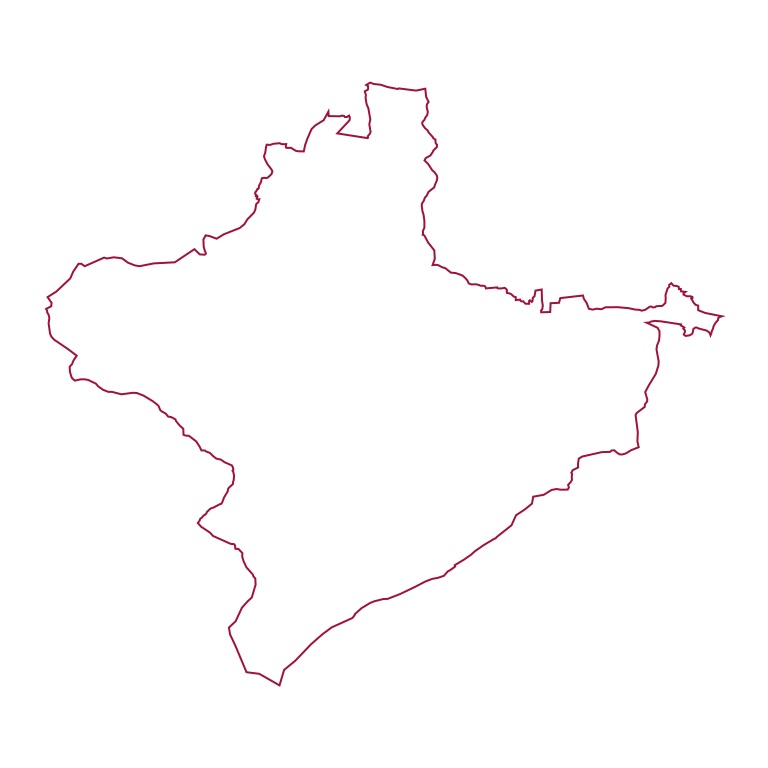 outline of Galatii Bistritei, Bistrita-Nasaud, Romania
{"feature_id": "2599482B9009826126309", "entity_name": "Galatii Bistritei", "entity_type": "district", "adm_level": 2, "iso_a3": "ROU", "parent_name": "Romania", "parent_adm1": "Bistrita-Nasaud", "projection": "natural_earth1", "projection_center": [24.427, 46.984], "detail": "fine", "context": "isolated", "style": "outline", "palette": "rose", "viewbox_px": 768, "rotation_deg": 0, "n_neighbors": 0, "source": "geoboundaries", "source_scale": "gbopen_adm2", "svg_char_len": 6077}
<svg xmlns="http://www.w3.org/2000/svg" viewBox="0 0 768 768"><path d="M279.5,685.4L284.1,669.9L295.2,660.8L311.1,644.2L322.5,634.2L331.8,627.3L352.4,618.0L354.6,615.3L354.7,614.3L361.6,608.1L370.0,603.0L374.6,601.2L383.4,599.0L387.6,598.9L399.7,594.2L415.4,586.7L424.9,581.7L432.1,578.9L438.0,577.8L443.9,575.8L447.8,571.4L450.1,570.2L455.2,566.5L454.7,565.2L463.7,559.8L470.8,554.9L475.1,551.1L483.4,545.3L494.2,538.8L495.5,538.4L496.6,537.1L511.5,525.3L516.0,515.3L524.9,509.4L532.0,503.6L533.2,496.7L543.7,494.8L551.7,489.9L556.8,489.0L560.4,489.7L567.7,489.6L568.9,487.5L568.1,484.9L570.9,481.8L572.0,479.9L571.7,476.4L572.2,474.1L571.3,472.8L572.7,470.2L578.1,467.5L578.0,463.8L578.8,458.6L582.4,456.5L601.9,452.1L609.9,451.9L611.7,450.5L614.3,450.3L617.0,452.7L619.5,454.3L622.2,454.5L626.0,453.4L631.1,450.2L638.7,447.2L637.4,441.4L637.8,432.2L635.6,415.1L636.7,413.0L644.7,406.9L644.9,404.4L647.1,401.4L647.3,399.5L645.2,392.1L649.0,385.0L655.8,373.9L658.4,365.5L658.7,361.5L656.5,349.4L657.0,345.6L659.0,340.6L659.5,336.1L659.5,331.3L657.6,327.8L646.7,322.7L649.3,322.5L651.2,321.5L654.7,320.9L660.6,321.3L681.0,324.4L680.7,325.3L684.3,327.5L683.3,328.7L684.7,330.1L685.1,331.4L683.8,334.6L685.6,335.9L689.3,335.4L691.5,334.3L692.4,333.4L692.8,332.3L693.4,328.9L695.3,327.6L696.5,327.5L699.0,328.6L706.1,330.4L708.5,331.8L709.8,333.3L710.5,335.3L711.4,333.1L711.8,331.1L712.9,328.9L713.6,326.2L715.5,322.9L718.1,319.9L718.1,318.3L719.5,317.1L721.9,316.3L705.0,312.9L698.2,310.2L698.2,305.6L695.8,304.9L694.0,303.2L691.2,298.5L692.5,298.0L692.4,296.9L690.0,296.2L686.9,296.3L683.5,294.6L683.5,293.3L685.4,291.9L680.9,291.3L680.8,289.0L678.9,289.1L678.7,286.8L676.8,286.0L673.6,285.7L671.3,283.2L669.2,284.9L669.3,286.7L667.5,288.6L665.5,295.0L665.7,298.2L665.4,303.0L662.3,305.9L656.3,306.2L655.1,307.2L652.9,307.4L651.1,306.5L650.0,306.6L645.0,309.9L641.7,310.7L639.8,309.9L634.7,309.5L628.8,308.2L617.9,307.2L605.4,307.3L601.6,309.2L596.5,308.7L592.8,309.6L588.9,308.8L586.6,302.9L583.8,298.7L583.0,295.5L560.3,298.1L559.0,302.8L550.6,303.2L550.2,312.0L541.2,312.3L541.1,310.4L542.2,309.4L542.8,305.7L542.0,300.4L541.7,289.5L535.5,290.6L534.5,296.3L532.8,297.8L532.5,301.1L531.8,301.9L529.9,300.3L529.1,301.0L529.1,303.8L525.4,303.7L523.2,301.3L521.6,301.4L520.6,300.9L520.1,299.6L515.8,300.1L515.7,297.1L513.8,296.6L511.5,294.4L509.9,293.5L507.0,293.0L506.7,291.8L507.0,290.8L506.6,289.4L504.8,287.9L500.6,288.5L497.5,288.3L497.2,287.4L485.9,288.4L485.3,286.5L483.9,285.8L480.4,285.7L478.9,285.0L476.3,284.3L471.2,284.4L468.7,283.4L467.4,280.5L465.2,277.9L462.5,275.5L455.8,273.1L450.8,272.6L445.5,268.3L442.1,267.2L438.3,265.2L436.0,264.8L432.6,265.1L434.8,258.8L434.3,250.4L428.1,242.5L424.4,235.5L422.7,234.7L423.1,233.3L422.8,231.3L424.4,227.6L424.4,221.0L423.5,214.4L422.5,211.4L421.8,206.5L421.9,203.7L423.8,200.7L424.9,197.6L426.6,195.9L428.5,191.9L434.3,187.3L434.5,186.0L436.9,180.3L437.3,177.9L436.8,175.5L434.6,172.3L432.2,170.2L428.1,163.9L424.5,160.4L425.7,158.1L430.4,155.5L433.2,151.3L433.3,150.5L436.8,147.2L437.0,144.8L435.8,143.3L435.4,141.3L435.5,139.7L433.3,138.2L432.9,137.2L428.5,132.3L427.9,130.7L425.0,128.1L422.8,125.1L422.2,123.5L422.5,121.9L424.4,119.9L425.4,117.5L427.2,115.1L427.8,111.9L426.7,107.2L426.8,104.9L427.4,103.5L428.6,102.0L426.1,96.7L425.3,88.7L416.1,90.6L398.7,88.4L397.7,89.0L387.5,87.0L380.6,84.7L373.7,84.0L370.2,82.6L366.2,85.0L368.1,86.1L368.1,88.9L367.7,89.8L364.9,91.2L364.9,92.1L365.9,94.7L365.6,97.8L366.2,102.0L366.7,104.4L368.4,108.4L370.3,119.4L369.3,124.3L370.6,131.9L370.0,133.6L368.1,135.8L367.8,136.6L368.0,137.8L367.4,138.1L337.3,133.4L349.5,120.3L349.8,119.0L349.7,117.0L349.1,115.6L346.9,117.0L344.8,117.0L344.1,116.0L342.4,115.6L339.6,116.3L328.7,116.1L328.4,111.6L323.7,120.2L315.3,125.4L311.5,129.1L307.3,138.9L305.1,145.1L303.8,151.4L298.3,151.3L295.8,150.8L291.0,147.8L287.1,147.9L285.9,147.5L285.8,145.9L286.2,144.1L281.8,144.2L279.6,143.2L273.3,143.8L270.2,144.9L266.7,144.7L266.0,147.2L265.3,152.4L264.0,156.2L264.8,159.0L267.4,164.1L271.6,169.6L272.4,171.6L271.5,174.1L268.2,177.3L266.4,178.1L263.9,177.8L261.8,178.3L261.0,181.9L258.9,186.0L258.8,188.0L258.2,188.9L257.4,188.9L257.0,190.1L255.3,192.3L255.1,193.8L255.8,194.3L256.1,195.6L255.9,196.3L256.6,196.6L257.3,196.1L257.5,196.7L256.7,198.7L257.9,199.3L259.3,199.2L258.3,202.4L256.7,203.5L256.1,204.4L255.4,209.3L254.0,212.6L247.4,219.3L244.4,224.2L239.7,228.0L223.8,234.3L216.7,238.7L209.3,236.0L205.6,235.4L203.4,239.6L203.7,246.7L204.8,250.7L205.9,253.3L205.6,254.0L204.7,254.7L199.8,254.4L194.4,249.2L174.8,262.3L153.8,263.4L139.5,266.2L134.8,265.4L127.8,262.6L122.0,258.3L113.8,257.3L106.8,258.5L104.1,257.6L84.7,266.2L81.4,263.8L78.5,263.8L73.2,271.7L70.3,278.4L56.3,291.6L47.6,297.1L51.6,302.9L51.2,306.3L46.1,308.9L47.1,310.9L47.3,312.7L48.4,314.3L49.1,316.4L49.3,318.4L48.6,323.3L50.1,333.9L51.5,336.8L54.4,339.9L67.6,348.8L76.7,355.7L73.5,360.5L72.0,364.2L69.7,366.7L69.9,371.6L71.2,376.2L72.0,378.1L74.8,380.6L80.9,379.3L84.7,379.3L88.3,380.0L96.0,383.7L98.1,386.3L103.1,389.8L108.4,391.9L112.1,391.9L121.4,394.3L132.7,392.8L136.8,393.0L143.5,395.6L152.3,400.9L156.6,404.1L158.5,405.9L160.3,410.2L161.8,411.4L165.9,413.7L168.0,416.5L171.5,417.2L175.4,419.4L176.1,421.2L179.7,425.5L183.3,428.8L183.5,434.8L185.6,435.6L188.9,435.8L196.2,441.4L199.6,446.6L201.4,450.4L204.8,450.5L206.2,451.5L209.9,452.9L212.8,455.8L216.3,458.6L220.9,459.6L224.5,462.2L231.8,465.4L232.8,467.1L233.4,469.8L232.5,470.8L233.3,471.9L234.1,475.9L233.6,480.5L233.1,481.7L232.9,484.1L229.0,487.6L228.0,489.2L227.8,491.2L224.1,497.4L222.2,502.4L221.3,503.8L220.0,504.1L213.6,507.5L210.4,508.6L206.8,512.1L206.3,513.6L204.9,514.8L203.7,515.4L201.7,517.8L200.2,518.8L199.6,520.7L197.8,523.0L201.1,526.7L210.2,532.8L213.1,536.0L230.5,543.8L234.2,544.2L235.0,545.5L235.4,548.8L238.5,549.0L242.4,553.1L242.2,556.5L243.5,561.0L246.4,567.3L252.8,574.5L253.6,576.6L255.3,578.5L255.6,584.7L251.8,597.5L247.8,601.2L242.0,607.6L235.6,621.3L228.9,627.6L230.1,634.5L235.5,646.0L246.5,672.2L259.2,673.8L279.5,685.4Z" fill="none" stroke="#9f1239" stroke-width="2"/></svg>